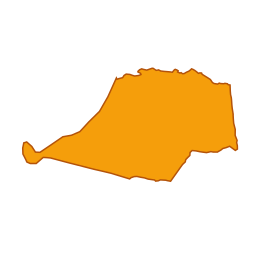 Yarmein, Nimba, Liberia, rotated 84°
{"feature_id": "62588387B94510923567486", "entity_name": "Yarmein", "entity_type": "district", "adm_level": 2, "iso_a3": "LBR", "parent_name": "Liberia", "parent_adm1": "Nimba", "projection": "robinson", "projection_center": [-8.624, 7.522], "detail": "fine", "context": "isolated", "style": "filled", "palette": "amber", "viewbox_px": 256, "rotation_deg": 84, "n_neighbors": 0, "source": "geoboundaries", "source_scale": "gbopen_adm2", "svg_char_len": 1932}
<svg xmlns="http://www.w3.org/2000/svg" viewBox="0 0 256 256"><g transform="rotate(84 128 128)"><path d="M178.8,131.7L177.7,130.1L177.0,127.1L177.0,126.5L177.1,124.2L178.4,120.2L179.3,116.9L180.9,113.4L182.5,107.0L183.7,106.1L183.7,103.5L183.0,101.2L183.9,95.8L184.4,94.6L185.4,91.2L180.3,86.7L172.8,80.1L170.0,77.6L167.7,74.6L165.5,73.9L163.6,71.7L161.8,69.4L158.8,68.8L157.1,66.6L157.9,62.7L159.1,59.0L159.8,56.2L160.5,53.3L160.7,52.5L160.2,48.4L160.1,48.1L160.8,45.9L161.3,41.5L160.9,40.8L159.7,38.0L158.3,35.8L158.2,35.2L157.8,32.6L156.8,28.8L161.5,23.6L160.4,21.4L157.0,21.1L155.4,21.3L154.0,21.5L151.7,20.8L147.3,22.0L146.5,22.2L140.6,21.5L134.4,22.4L134.2,22.4L129.8,22.3L126.0,22.1L125.5,22.0L125.0,22.0L119.2,22.3L115.8,22.3L110.9,22.1L108.6,22.1L105.6,22.5L101.9,22.4L95.9,22.0L95.4,23.8L94.4,24.5L93.7,27.0L94.0,28.1L93.5,31.1L92.9,32.6L93.7,34.3L92.7,37.9L91.9,38.9L91.4,39.4L88.4,41.0L86.6,43.2L83.9,46.7L83.6,47.1L82.3,48.7L81.0,49.1L80.7,50.9L81.0,52.2L79.1,54.1L77.7,55.6L76.6,57.1L75.8,58.6L76.9,60.0L77.9,61.7L78.6,64.0L79.8,66.6L79.6,68.3L78.5,69.4L78.8,70.6L77.5,72.8L76.4,72.1L75.4,73.3L74.6,74.9L75.0,75.8L77.2,78.1L76.7,79.9L76.4,81.3L75.4,86.6L74.7,89.6L73.4,91.5L73.5,91.8L73.6,94.0L71.3,96.7L71.1,97.8L72.4,103.3L71.2,106.8L70.6,108.2L71.3,110.4L72.7,112.2L73.4,112.2L74.9,109.8L76.2,109.5L76.9,112.0L77.0,115.9L76.2,117.9L74.9,120.6L74.2,124.2L75.3,126.4L77.4,128.1L77.9,131.9L78.4,133.8L77.0,134.3L89.5,141.6L94.8,144.7L102.4,150.2L108.5,154.6L117.9,166.4L119.6,168.3L120.2,169.0L123.4,172.6L126.6,176.3L129.3,185.0L129.9,193.7L131.3,196.3L136.6,206.1L143.0,218.1L142.3,222.6L136.3,225.6L131.3,230.2L131.9,233.2L135.1,234.2L136.9,234.8L142.9,235.2L148.9,232.9L150.5,232.4L151.3,232.1L153.0,229.1L153.1,228.8L153.7,223.0L148.4,215.4L149.0,211.7L149.7,208.2L152.1,201.9L156.8,189.6L157.7,187.1L165.5,166.1L168.3,157.9L171.2,149.7L178.8,131.7Z" fill="#f59e0b" stroke="#b45309" stroke-width="1.5"/></g></svg>